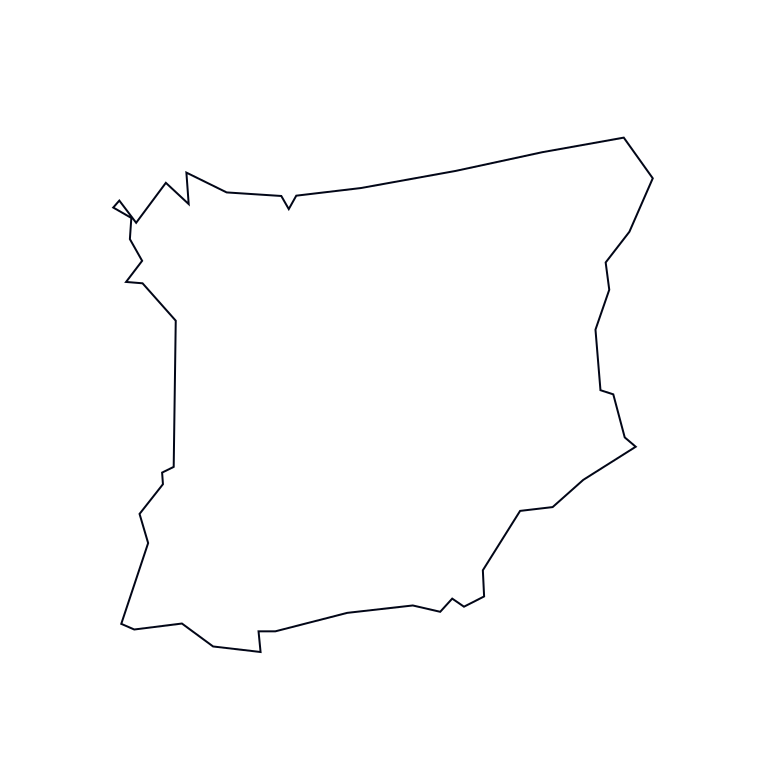 the district of Coffee, Tennessee, United States of America, rotated 80°
{"feature_id": "52423323B30803905187114", "entity_name": "Coffee", "entity_type": "district", "adm_level": 2, "iso_a3": "USA", "parent_name": "United States of America", "parent_adm1": "Tennessee", "projection": "albers", "projection_center": [-86.08, 35.496], "detail": "fine", "context": "isolated", "style": "outline", "palette": "ink", "viewbox_px": 768, "rotation_deg": 80, "n_neighbors": 0, "source": "geoboundaries", "source_scale": "gbopen_adm2", "svg_char_len": 787}
<svg xmlns="http://www.w3.org/2000/svg" viewBox="0 0 768 768"><g transform="rotate(80 384 384)"><path d="M228.1,83.6L183.0,105.1L183.2,187.7L186.6,276.4L187.0,372.8L183.3,437.7L195.2,447.4L181.0,452.5L168.0,505.7L141.5,541.9L172.9,545.1L148.0,563.9L182.2,600.1L157.4,612.8L163.2,620.0L176.6,604.0L197.2,609.1L220.7,600.8L238.7,620.3L242.9,604.3L285.5,578.1L429.1,605.5L432.7,617.9L444.3,619.1L469.5,647.3L499.7,643.9L574.6,684.4L582.4,672.6L584.8,624.6L612.8,597.9L626.5,552.1L605.8,550.5L608.7,533.9L603.0,460.0L607.1,394.1L618.1,368.2L607.2,354.1L617.2,343.9L610.6,322.3L584.6,319.0L532.6,272.0L534.5,239.3L513.0,204.4L489.5,147.0L478.4,156.2L434.0,160.0L427.7,171.9L367.2,166.3L330.3,145.8L302.8,144.6L276.7,115.9L228.1,83.6Z" fill="none" stroke="#020617" stroke-width="2"/></g></svg>